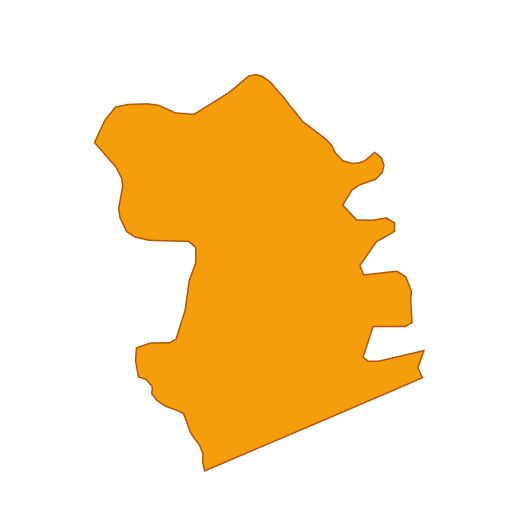 Nova Roma do Sul, Rio Grande do Sul, Brazil, rotated 161°
{"feature_id": "56859067B38102631450434", "entity_name": "Nova Roma do Sul", "entity_type": "district", "adm_level": 2, "iso_a3": "BRA", "parent_name": "Brazil", "parent_adm1": "Rio Grande do Sul", "projection": "mercator", "projection_center": [-51.414, -28.994], "detail": "fine", "context": "isolated", "style": "filled", "palette": "amber", "viewbox_px": 512, "rotation_deg": 161, "n_neighbors": 0, "source": "geoboundaries", "source_scale": "gbopen_adm2", "svg_char_len": 1302}
<svg xmlns="http://www.w3.org/2000/svg" viewBox="0 0 512 512"><g transform="rotate(161 256 256)"><path d="M138.2,86.7L139.4,97.6L128.1,111.9L174.3,116.6L184.0,119.8L187.7,125.5L168.3,151.2L137.7,140.7L130.1,142.4L124.0,164.5L120.5,172.0L121.2,187.5L127.7,195.7L160.5,203.1L160.8,213.3L137.5,230.3L117.1,234.2L114.2,242.1L120.5,249.6L134.2,251.8L149.2,257.3L157.5,276.0L143.4,287.4L134.6,289.5L125.7,289.6L118.1,289.6L109.4,293.9L105.5,300.1L105.5,308.0L110.0,315.3L122.0,310.6L128.8,310.6L135.1,312.3L143.1,318.0L147.5,327.8L148.2,335.2L151.5,342.9L157.5,352.1L168.2,368.0L171.9,378.9L175.4,387.8L177.5,395.2L182.3,406.6L186.0,415.9L191.5,423.8L197.2,427.6L204.3,428.5L228.0,419.4L234.8,417.8L268.7,410.1L285.6,417.5L299.2,430.3L308.7,435.0L327.4,440.9L340.3,442.5L354.7,433.5L371.7,415.9L359.5,385.9L357.7,373.5L359.2,365.6L370.5,345.4L372.1,336.4L370.3,321.2L364.2,313.3L352.3,305.9L345.8,303.3L322.9,294.7L314.8,291.6L310.1,283.7L315.1,269.3L327.0,254.6L340.7,227.7L358.5,203.6L365.3,201.9L384.3,208.1L399.0,208.1L404.1,195.7L406.5,180.0L400.0,175.0L396.6,166.1L399.4,159.4L396.6,151.6L390.5,143.4L381.2,136.0L375.8,130.7L375.5,121.3L375.5,111.1L373.4,102.9L371.0,95.6L370.5,85.9L373.5,78.5L374.5,69.5L319.9,73.5L232.4,79.7L138.2,86.7Z" fill="#f59e0b" stroke="#b45309" stroke-width="1.5"/></g></svg>